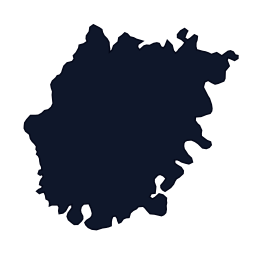 the district of Bandeirantes, Paraná, Brazil, rotated 95°
{"feature_id": "56859067B46104527016963", "entity_name": "Bandeirantes", "entity_type": "district", "adm_level": 2, "iso_a3": "BRA", "parent_name": "Brazil", "parent_adm1": "Paraná", "projection": "orthographic", "projection_center": [-50.339, -23.154], "detail": "fine", "context": "isolated", "style": "filled", "palette": "ink", "viewbox_px": 256, "rotation_deg": 95, "n_neighbors": 0, "source": "geoboundaries", "source_scale": "gbopen_adm2", "svg_char_len": 3513}
<svg xmlns="http://www.w3.org/2000/svg" viewBox="0 0 256 256"><g transform="rotate(95 128 128)"><path d="M219.3,189.1L218.3,185.4L215.9,183.0L210.2,180.5L209.0,177.2L212.4,176.8L215.2,178.5L218.0,180.2L221.4,180.9L224.6,179.3L226.8,176.2L228.7,173.2L228.3,169.6L224.8,166.5L222.5,165.2L219.8,165.5L216.6,167.6L213.9,168.3L210.4,167.8L207.6,165.7L206.7,160.3L211.4,157.7L216.0,156.0L218.6,156.2L220.8,157.4L223.7,161.1L226.0,162.7L228.2,161.5L230.5,158.9L231.9,155.1L232.0,150.5L229.6,144.7L228.8,141.2L228.0,138.7L226.8,136.3L223.0,136.6L220.3,136.4L217.5,135.5L216.6,132.7L218.9,130.8L221.4,130.0L223.5,128.8L222.3,126.8L218.9,124.8L217.5,122.1L217.0,119.2L212.4,118.3L209.6,115.7L207.7,112.6L205.4,110.9L204.6,106.0L206.3,103.8L208.4,101.8L211.4,98.5L211.4,94.1L212.4,87.0L211.3,84.9L209.1,83.1L205.7,82.8L202.1,83.4L199.2,83.1L196.9,83.6L194.5,83.6L191.7,87.3L190.9,91.3L194.7,94.8L196.6,97.5L194.8,100.6L191.3,99.2L190.6,95.4L186.7,95.3L183.9,95.3L179.6,97.3L176.4,97.5L172.4,94.4L171.3,92.0L172.5,88.6L175.0,85.6L179.2,88.0L182.3,90.2L184.6,89.9L186.6,88.1L187.8,85.6L183.5,80.3L179.9,77.8L176.7,76.7L174.3,75.4L172.4,72.7L168.6,69.2L165.8,69.2L162.7,71.7L160.9,75.5L159.2,78.3L155.9,78.9L155.2,76.4L155.9,73.9L157.0,71.8L157.9,67.7L158.4,64.2L156.3,60.8L152.5,62.2L149.5,66.0L146.6,68.2L144.2,70.2L141.3,71.1L138.4,71.1L136.3,70.2L135.1,68.1L134.3,63.8L135.5,60.1L137.4,56.7L141.3,52.0L141.6,48.2L140.2,45.4L137.6,43.6L134.7,44.6L133.6,48.2L132.3,50.3L129.8,54.3L127.0,54.7L123.9,54.5L119.4,57.0L117.9,59.2L114.8,61.8L111.0,61.8L110.1,56.3L107.6,51.3L106.2,47.5L103.8,46.2L101.3,46.1L97.4,47.0L91.6,49.5L89.6,51.1L80.8,56.6L75.4,55.6L73.5,52.3L75.4,48.3L76.6,45.1L75.6,42.1L74.2,39.4L72.8,36.7L70.2,35.8L62.7,36.2L57.4,32.6L51.8,35.3L49.1,34.4L51.4,27.7L49.1,24.6L46.3,24.8L46.0,27.5L43.1,29.7L42.2,32.6L42.9,35.0L45.9,38.5L48.0,40.8L45.2,46.2L47.5,51.4L46.3,54.3L45.5,57.5L45.2,60.6L44.1,66.5L40.8,67.6L37.1,67.8L34.3,67.0L30.6,66.9L29.4,70.0L33.1,73.6L35.1,76.3L33.3,79.5L28.7,78.2L26.1,77.0L24.0,80.3L26.7,84.1L30.6,86.8L33.5,86.5L35.1,82.3L37.9,78.6L41.6,80.8L45.2,84.0L47.3,85.2L49.3,87.1L47.0,89.5L41.8,91.3L37.3,96.5L43.0,98.2L45.2,99.7L44.4,102.2L41.1,104.3L40.7,106.7L41.6,109.8L43.9,113.5L43.9,116.8L44.9,119.2L49.2,123.2L46.7,125.6L43.8,125.4L40.2,120.8L38.9,127.4L37.7,130.2L37.1,134.0L34.4,136.8L33.5,139.5L36.3,141.9L38.9,145.0L43.0,145.3L47.3,149.5L51.8,150.6L54.1,153.1L50.5,153.3L48.1,153.9L44.2,154.5L41.0,156.7L38.2,159.9L35.1,161.8L32.2,162.7L30.7,165.4L29.6,168.1L28.2,171.5L31.0,174.7L35.4,174.9L39.7,177.4L42.7,177.4L45.3,176.1L48.1,179.5L49.7,183.8L52.6,184.0L57.4,186.1L60.7,188.7L63.7,187.6L66.6,189.2L67.6,191.8L68.4,194.3L71.9,197.2L75.4,198.1L78.7,198.8L81.3,200.6L82.1,203.0L84.2,204.1L86.1,205.8L87.8,207.4L91.5,208.6L94.8,207.7L98.2,206.2L101.6,206.3L105.5,205.6L110.1,204.7L114.0,206.2L116.8,208.9L118.0,212.6L120.9,215.1L123.1,218.4L123.6,221.3L123.8,223.8L124.0,226.2L128.6,229.6L131.8,231.3L134.8,231.4L137.4,231.3L140.1,229.7L142.9,225.5L147.1,224.2L149.7,222.1L151.7,219.7L154.2,217.5L157.2,217.7L159.6,216.0L162.0,216.8L163.6,214.7L166.0,213.4L168.7,212.9L171.7,212.1L174.2,210.6L177.0,210.2L178.1,212.7L181.4,213.5L182.6,211.4L181.6,209.1L184.2,208.2L186.8,209.9L189.5,210.9L192.1,211.1L193.1,208.2L195.5,208.6L197.0,211.5L199.0,213.5L201.0,210.6L199.8,208.3L199.1,206.0L202.3,204.3L205.8,203.4L207.0,200.5L209.6,199.5L212.4,199.5L211.2,197.3L211.0,194.6L210.7,191.2L213.1,189.6L216.6,189.8L219.3,189.1Z" fill="#0f172a" stroke="#020617" stroke-width="1.5"/></g></svg>